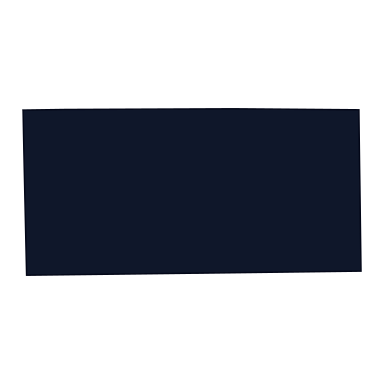 outline of Telsen, Chubut, Argentina
{"feature_id": "61730980B58440268064680", "entity_name": "Telsen", "entity_type": "district", "adm_level": 2, "iso_a3": "ARG", "parent_name": "Argentina", "parent_adm1": "Chubut", "projection": "orthographic", "projection_center": [-67.11, -42.441], "detail": "fine", "context": "isolated", "style": "filled", "palette": "ink", "viewbox_px": 384, "rotation_deg": 0, "n_neighbors": 0, "source": "geoboundaries", "source_scale": "gbopen_adm2", "svg_char_len": 330}
<svg xmlns="http://www.w3.org/2000/svg" viewBox="0 0 384 384"><path d="M361.0,271.1L359.9,186.4L359.6,166.5L359.1,127.9L358.9,110.5L358.9,109.8L233.3,108.8L65.2,109.5L23.0,110.1L23.1,111.1L23.5,133.0L24.2,166.8L26.6,275.2L109.9,274.2L192.6,273.2L194.9,273.2L361.0,271.1Z" fill="#0f172a" stroke="#020617" stroke-width="1.5"/></svg>